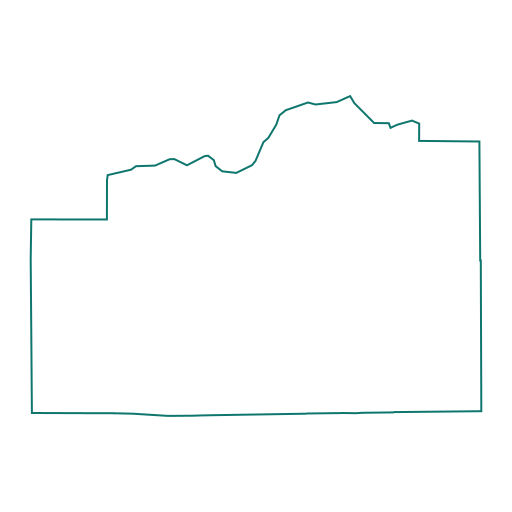 Cassia, Idaho, United States of America (Equal Earth projection)
{"feature_id": "52423323B45878756747567", "entity_name": "Cassia", "entity_type": "district", "adm_level": 2, "iso_a3": "USA", "parent_name": "United States of America", "parent_adm1": "Idaho", "projection": "equal_earth", "projection_center": [-113.644, 42.338], "detail": "fine", "context": "isolated", "style": "outline", "palette": "teal", "viewbox_px": 512, "rotation_deg": 0, "n_neighbors": 0, "source": "geoboundaries", "source_scale": "gbopen_adm2", "svg_char_len": 866}
<svg xmlns="http://www.w3.org/2000/svg" viewBox="0 0 512 512"><path d="M155.0,165.6L136.0,166.2L131.0,169.7L107.7,175.1L107.0,180.2L106.9,219.5L31.3,219.4L30.7,259.1L31.9,413.0L93.0,413.2L109.1,413.2L113.8,413.2L113.8,413.3L116.1,413.3L132.8,413.7L168.1,415.9L193.1,415.7L202.2,415.4L213.3,415.2L305.7,413.7L307.2,413.5L330.0,413.2L340.3,413.1L342.3,413.0L355.9,413.2L362.1,412.8L393.4,412.4L393.9,412.1L481.0,411.2L481.3,411.2L480.8,260.5L480.2,260.5L479.4,141.5L419.1,140.9L419.2,123.6L412.0,120.6L397.6,124.6L390.5,127.8L388.8,123.2L374.1,123.0L354.4,103.2L350.1,96.1L336.6,102.1L315.5,104.5L308.0,102.5L285.8,110.2L279.5,115.3L276.3,124.6L268.4,137.8L263.4,142.2L255.5,160.9L252.0,165.2L236.3,172.9L222.2,171.3L215.6,166.1L213.8,160.1L208.0,155.7L204.7,156.1L186.9,165.3L174.4,159.1L169.7,159.2L155.0,165.6Z" fill="none" stroke="#0f766e" stroke-width="2"/></svg>